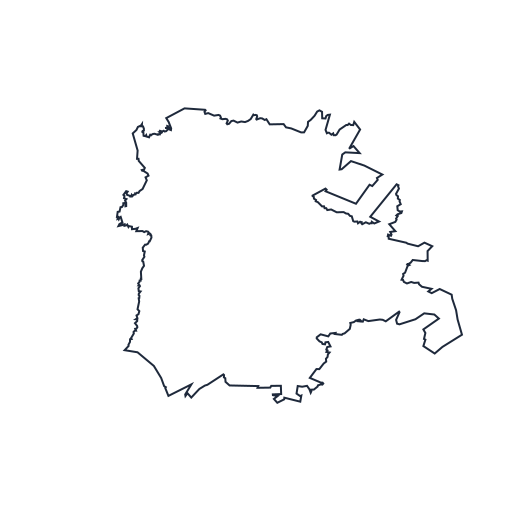 Venustiano Carranza, Chiapas, Mexico (Equal Earth projection), rotated 62°
{"feature_id": "50627088B57673642633786", "entity_name": "Venustiano Carranza", "entity_type": "district", "adm_level": 2, "iso_a3": "MEX", "parent_name": "Mexico", "parent_adm1": "Chiapas", "projection": "equal_earth", "projection_center": [-92.682, 16.309], "detail": "fine", "context": "isolated", "style": "outline", "palette": "slate", "viewbox_px": 512, "rotation_deg": 62, "n_neighbors": 0, "source": "geoboundaries", "source_scale": "gbopen_adm2", "svg_char_len": 6133}
<svg xmlns="http://www.w3.org/2000/svg" viewBox="0 0 512 512"><g transform="rotate(62 256 256)"><path d="M92.1,270.5L96.7,270.2L103.5,271.0L104.9,272.0L103.7,273.0L101.9,272.4L101.5,273.7L100.2,272.7L99.6,273.3L101.1,273.9L100.3,276.2L101.0,274.8L102.6,273.7L103.6,276.7L103.2,278.2L102.1,278.7L102.0,280.4L99.7,282.7L101.5,281.5L101.2,283.0L101.6,282.8L102.7,280.4L102.9,283.2L103.5,283.8L102.5,285.2L102.9,285.8L100.5,288.1L99.9,289.6L99.9,291.3L99.4,292.1L100.0,292.3L99.6,293.1L101.0,294.7L99.1,296.6L97.7,296.2L98.2,297.5L97.1,298.8L94.1,297.5L93.0,298.1L92.4,297.4L92.6,296.1L90.9,295.2L88.5,294.9L87.5,296.6L87.5,295.7L86.0,294.8L86.8,296.3L86.6,299.7L88.6,302.4L89.9,307.3L107.3,311.0L114.3,315.4L115.0,314.1L117.0,314.9L126.0,312.8L127.1,314.2L126.5,316.5L127.2,316.5L128.2,315.3L132.3,313.0L134.6,313.2L134.7,316.6L137.9,316.9L143.6,324.7L144.0,328.3L145.1,330.1L144.2,331.5L144.5,332.3L144.0,333.3L145.0,333.6L144.5,335.5L145.1,336.9L143.7,337.1L144.9,338.3L144.4,339.2L143.7,339.1L141.5,341.1L139.9,340.9L138.9,339.1L137.8,340.2L139.8,344.4L141.2,343.9L143.0,345.4L144.9,343.7L145.6,345.6L148.0,345.6L151.0,347.2L150.8,347.9L147.9,346.1L147.1,348.4L148.6,349.1L149.8,351.3L149.3,352.7L152.7,355.6L152.1,357.4L156.2,360.4L156.6,359.5L158.2,360.8L158.2,360.0L159.2,360.0L157.9,358.3L157.9,357.1L163.6,358.2L163.7,361.6L165.0,363.4L166.0,359.4L165.5,359.2L166.3,357.1L167.6,357.9L168.1,356.0L167.8,354.9L170.4,355.0L169.9,354.2L171.9,351.8L174.1,352.9L175.4,349.7L175.7,347.4L177.9,350.0L180.7,344.5L182.4,343.5L182.5,341.4L183.8,339.9L184.8,339.7L186.0,341.0L186.3,339.2L187.5,338.8L188.2,339.5L188.9,338.9L190.7,339.7L193.1,342.9L192.8,343.3L194.4,345.5L194.5,347.6L193.9,348.6L195.5,352.1L198.6,353.4L199.8,352.1L202.8,354.6L204.3,354.9L206.2,358.4L207.3,358.8L208.0,358.2L212.1,359.5L213.4,362.1L215.8,365.0L222.3,368.0L222.0,368.4L223.6,369.4L223.1,370.3L224.2,371.1L224.9,372.9L226.5,372.8L226.8,373.4L227.2,372.6L228.1,372.6L229.3,375.0L232.0,376.0L233.1,374.6L234.2,377.1L235.3,377.9L236.4,377.6L238.3,378.8L238.2,379.4L241.3,380.5L247.4,385.6L249.9,384.9L252.2,387.1L252.4,389.4L255.2,389.9L255.4,391.8L256.2,390.6L257.7,391.5L258.5,394.4L261.9,393.8L263.2,394.2L264.0,395.7L263.6,396.8L265.6,397.0L265.0,398.1L265.6,399.8L267.1,400.3L269.8,404.8L270.9,404.8L270.4,406.3L272.7,407.6L274.5,410.3L275.6,410.7L277.5,416.2L285.4,405.8L305.1,397.8L319.2,397.0L327.8,398.2L329.5,397.2L330.0,398.1L338.4,399.0L339.0,373.3L345.0,383.5L346.5,384.0L345.0,380.9L350.6,379.6L346.8,368.4L346.4,361.9L346.9,359.4L345.2,340.4L346.1,340.1L348.1,341.3L349.5,340.5L352.8,342.0L357.9,340.1L371.9,315.1L373.1,316.5L378.9,305.2L377.8,303.5L382.3,295.0L389.7,298.6L386.1,306.1L386.8,306.4L389.8,302.6L390.6,307.3L395.6,306.1L395.8,298.4L394.4,297.5L405.4,285.3L400.5,281.5L400.4,282.8L396.5,284.8L390.4,280.2L393.1,276.6L394.6,271.9L398.8,271.4L402.4,271.9L401.4,270.6L399.9,270.1L401.1,267.6L400.2,262.9L399.3,262.1L399.8,259.1L400.7,257.8L400.2,256.5L399.1,256.7L398.2,258.2L388.9,265.7L384.2,255.7L385.6,253.2L382.7,246.7L382.2,243.6L379.6,242.5L378.7,240.2L376.6,238.7L375.7,236.4L373.8,238.8L372.9,237.2L371.7,237.9L369.8,235.8L370.8,232.7L365.8,232.6L364.8,235.2L366.4,236.5L364.9,238.6L363.1,238.5L361.2,240.0L357.3,241.1L356.3,240.5L355.5,235.7L360.9,229.9L359.3,226.8L361.2,222.0L361.9,223.0L365.9,217.2L365.5,216.1L365.9,214.1L364.4,207.4L361.2,204.7L359.4,204.2L360.3,200.6L359.9,198.0L360.5,195.4L361.2,195.8L361.2,194.2L361.7,194.0L361.9,195.9L363.0,194.3L364.1,192.5L362.5,190.6L366.2,187.4L370.2,176.5L371.8,174.1L374.6,172.1L372.3,155.8L373.0,155.7L378.2,162.3L382.0,163.2L383.7,161.4L386.7,144.9L385.6,134.4L391.4,126.0L397.1,123.9L399.4,142.7L403.5,142.6L408.1,146.6L409.4,145.7L414.1,150.5L426.0,144.0L423.8,134.1L422.2,111.1L406.7,107.8L397.8,104.8L385.9,102.8L382.0,101.4L371.4,109.3L371.3,118.3L368.2,120.5L367.4,116.4L361.1,123.9L357.5,125.3L355.8,125.0L354.0,129.0L351.8,131.2L351.1,135.6L348.3,137.6L346.2,137.4L345.3,138.6L342.7,135.0L340.9,134.5L340.7,132.2L336.5,127.4L335.8,126.4L335.9,125.4L334.5,126.5L334.2,126.0L335.1,124.3L334.5,123.9L334.5,122.6L333.1,119.5L338.7,111.3L339.9,109.1L339.8,107.4L340.7,106.6L332.2,102.2L330.1,95.8L323.3,101.0L323.5,108.3L316.2,116.4L314.9,117.0L303.1,130.7L301.0,129.7L300.4,130.4L299.1,129.3L301.5,127.3L300.7,126.3L297.8,126.2L299.5,121.3L290.5,123.4L291.3,117.0L289.9,114.8L288.8,114.8L287.3,112.1L286.1,113.0L285.6,111.4L286.3,107.5L285.1,106.2L284.2,108.2L282.1,109.4L278.4,107.9L278.2,103.9L275.2,103.6L274.0,102.7L271.9,103.8L269.9,102.6L268.2,103.4L266.9,103.2L263.6,98.2L261.1,97.8L260.4,97.0L258.7,98.2L275.0,136.7L283.3,131.2L282.8,136.3L280.2,137.7L281.4,138.5L280.8,139.5L280.7,140.9L277.8,143.2L277.8,147.3L276.5,147.6L275.8,146.8L274.6,148.0L275.0,150.6L273.1,150.3L271.9,153.0L270.9,153.8L265.9,152.8L264.7,154.2L262.0,154.8L260.7,156.6L258.4,158.0L255.3,164.2L250.2,167.8L248.9,171.5L246.8,171.5L246.0,173.0L244.1,172.6L243.2,174.4L237.5,176.1L235.7,177.6L234.7,176.7L232.6,177.9L230.8,177.2L229.6,177.9L229.2,177.7L229.1,163.0L230.6,162.5L231.5,164.2L256.8,143.2L246.4,122.3L248.8,120.5L245.9,112.8L243.9,112.6L243.4,106.2L227.0,117.9L216.8,127.6L219.6,139.6L218.9,141.6L206.9,132.2L206.4,128.5L213.8,116.2L204.7,118.3L205.0,123.4L193.2,104.7L183.7,106.3L186.1,108.7L184.8,110.8L182.8,111.7L183.4,113.6L182.7,114.8L183.6,122.8L186.6,127.8L186.7,129.1L185.8,130.7L184.0,130.3L184.3,132.5L181.5,133.6L180.9,134.6L180.9,135.8L177.3,135.4L165.9,124.4L165.1,126.5L165.4,128.3L167.2,130.1L165.5,132.9L159.7,130.0L157.2,131.6L157.2,134.2L159.7,138.5L161.5,143.8L162.0,147.1L165.4,149.2L169.4,155.5L168.1,158.1L159.9,165.0L156.5,169.1L152.5,169.7L146.2,182.1L140.1,182.6L140.0,184.4L137.4,186.0L136.3,187.6L135.8,191.4L135.2,191.5L133.4,189.5L132.2,189.2L131.3,190.0L130.6,192.0L130.0,192.1L132.6,196.4L133.0,199.6L132.6,202.8L130.3,205.9L129.5,209.7L125.9,212.3L125.3,214.4L126.6,217.7L126.2,219.5L125.1,219.7L123.2,217.3L121.7,217.4L120.6,218.5L119.4,221.5L117.9,222.8L117.3,222.0L115.2,221.8L113.9,222.8L112.4,227.1L107.4,231.1L106.7,234.1L104.5,233.8L103.7,232.1L103.0,232.3L92.1,249.8L92.1,270.5Z" fill="none" stroke="#1e293b" stroke-width="2"/></g></svg>